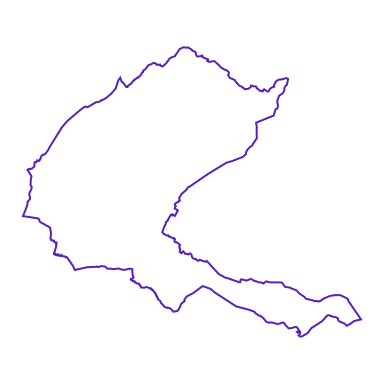 Buntesti, Bihor, Romania
{"feature_id": "2599482B87809505913466", "entity_name": "Buntesti", "entity_type": "district", "adm_level": 2, "iso_a3": "ROU", "parent_name": "Romania", "parent_adm1": "Bihor", "projection": "mercator", "projection_center": [22.534, 46.609], "detail": "fine", "context": "isolated", "style": "outline", "palette": "violet", "viewbox_px": 384, "rotation_deg": 0, "n_neighbors": 0, "source": "geoboundaries", "source_scale": "gbopen_adm2", "svg_char_len": 5883}
<svg xmlns="http://www.w3.org/2000/svg" viewBox="0 0 384 384"><path d="M146.4,287.0L150.3,288.3L150.5,288.8L151.0,288.4L151.6,288.9L151.9,289.7L153.0,290.0L153.2,290.9L154.0,291.4L154.3,292.3L155.2,292.8L155.0,293.2L155.9,294.3L156.4,295.4L156.2,295.7L157.1,296.6L157.1,297.2L157.8,297.8L157.6,298.8L160.4,301.2L161.0,302.9L163.7,305.7L163.8,306.2L164.7,307.0L165.9,307.5L167.3,307.5L167.7,308.0L168.7,307.8L170.6,308.7L173.4,311.7L177.5,311.0L179.0,308.9L180.2,306.5L180.9,304.4L181.8,303.2L184.6,301.1L184.4,299.6L186.8,296.4L193.2,293.1L202.6,286.1L210.4,288.8L215.1,292.7L236.2,306.4L248.1,309.5L253.6,311.4L255.0,312.3L255.6,313.4L257.4,314.4L258.3,315.4L260.2,315.7L263.1,317.9L266.4,321.9L268.8,322.7L270.3,322.4L272.7,322.7L276.9,323.9L278.6,323.9L282.3,322.7L283.8,322.7L284.8,323.9L285.2,324.8L288.7,328.4L292.3,327.9L294.3,327.1L297.0,327.2L299.1,330.5L296.9,332.0L297.6,332.6L300.1,332.0L300.2,333.4L298.6,335.4L300.5,336.7L302.4,336.2L307.7,333.0L311.4,328.1L321.5,321.6L324.2,319.1L324.7,318.2L326.0,317.1L326.5,316.2L327.8,315.3L328.9,315.2L330.3,315.9L330.9,315.7L333.1,316.9L334.3,316.8L337.3,317.9L338.0,318.5L338.0,319.7L338.3,320.3L339.9,321.7L344.4,323.5L346.8,325.8L350.5,323.7L354.2,321.0L361.0,319.4L348.5,301.2L347.8,299.0L346.1,297.9L340.2,295.1L334.9,295.1L329.8,296.0L323.8,298.5L320.0,301.1L317.6,301.5L316.6,300.8L314.7,301.2L312.9,300.4L305.9,298.7L304.5,297.0L299.0,293.2L296.7,290.5L289.4,287.5L285.2,286.9L281.9,282.7L281.3,282.4L270.3,282.4L266.2,281.4L263.3,283.5L262.0,282.7L259.0,282.3L255.1,281.0L254.4,281.1L252.4,279.5L250.0,279.1L246.9,280.6L241.2,279.3L240.4,280.3L240.5,281.1L240.2,282.2L239.2,282.2L231.5,279.6L230.2,278.9L226.0,277.9L224.0,277.1L223.0,276.3L218.8,274.1L206.8,261.0L205.9,261.7L202.7,261.1L201.7,260.4L199.5,259.8L198.7,260.7L198.1,260.7L196.8,260.2L195.9,259.0L194.0,258.8L193.0,258.2L191.9,256.8L191.6,255.0L190.5,253.7L190.0,253.4L188.1,254.5L187.0,253.7L185.2,253.9L183.4,251.4L183.1,251.3L182.2,252.0L181.6,253.1L181.3,253.2L181.1,252.7L179.7,251.8L180.2,249.0L179.6,248.7L179.8,248.0L179.2,246.6L180.1,244.9L176.2,242.0L175.3,242.2L174.7,241.8L174.4,241.0L175.0,239.2L173.7,238.7L173.7,238.0L172.5,238.0L169.8,236.7L168.9,236.6L168.6,236.2L168.7,235.7L168.2,235.4L166.1,235.4L164.8,234.3L163.1,233.5L162.3,232.1L164.3,226.5L165.8,223.8L165.8,222.3L167.9,220.5L168.1,219.4L171.0,214.6L172.2,215.4L172.8,214.4L174.8,216.0L177.5,211.1L177.8,210.3L174.6,208.4L175.2,206.9L175.8,206.1L174.7,204.7L175.7,203.2L177.8,201.9L178.1,202.1L178.5,201.3L179.8,200.6L179.1,198.3L181.5,194.0L186.5,189.7L187.3,188.1L188.5,187.0L189.3,186.8L208.1,173.9L226.6,162.6L232.1,161.1L243.1,156.8L245.8,154.3L246.2,151.9L247.7,149.4L250.2,146.8L252.4,145.3L252.7,144.1L253.6,143.2L256.0,139.3L256.8,138.4L256.6,129.4L256.8,127.4L256.1,122.7L273.7,115.5L275.5,109.5L276.2,108.9L277.1,108.8L277.6,107.7L278.0,105.7L277.7,103.8L277.2,102.7L277.5,101.5L277.3,100.4L278.4,98.0L278.7,96.5L279.3,95.6L282.5,93.4L283.9,91.6L284.4,90.2L284.3,88.6L284.6,87.4L285.6,85.8L286.9,84.7L288.1,79.0L287.1,78.3L285.6,78.2L282.9,79.2L281.6,79.2L280.8,79.6L279.1,79.5L276.5,80.9L275.2,82.5L274.6,84.0L274.0,85.9L274.2,86.7L272.6,87.0L269.9,88.8L268.8,91.1L268.4,91.5L267.2,91.4L264.2,89.3L263.5,89.6L263.4,90.5L262.6,91.4L261.5,90.9L260.5,91.0L257.1,88.5L256.6,88.0L256.6,87.4L255.8,86.4L253.7,86.3L251.1,85.5L250.9,86.9L248.1,88.9L244.8,89.1L241.7,86.7L239.4,85.7L235.9,82.0L234.7,80.0L229.8,77.9L228.2,75.3L228.2,74.8L228.8,73.9L228.9,73.0L228.8,72.2L228.3,71.6L225.5,69.7L224.6,69.8L222.7,68.4L221.2,67.8L218.8,65.1L214.9,61.5L213.5,61.0L209.8,61.9L208.2,61.6L207.2,60.9L208.2,59.9L208.2,59.5L202.5,57.1L202.5,56.0L202.2,55.5L200.6,56.2L197.3,56.5L196.5,55.7L195.8,53.7L195.8,52.8L195.1,51.7L192.2,50.6L191.8,49.7L188.0,47.4L187.1,47.7L183.4,47.3L179.7,49.0L174.7,56.4L173.1,56.7L169.8,58.3L168.8,59.5L168.2,60.8L167.1,61.7L166.6,62.9L162.6,66.5L160.2,65.5L160.2,64.6L156.9,64.8L156.5,64.5L156.4,63.9L153.6,62.8L150.5,64.6L148.8,64.8L144.9,69.7L143.9,70.1L143.0,71.2L143.1,71.9L141.9,72.8L140.9,74.9L138.8,76.9L138.0,77.2L137.9,77.8L137.0,77.8L136.3,78.6L134.3,79.7L134.3,80.3L132.6,81.3L132.4,82.1L131.3,83.4L127.6,86.1L127.5,87.0L126.3,87.0L123.5,83.1L121.6,81.6L120.2,77.7L118.3,80.4L115.7,88.5L111.3,93.6L106.6,97.6L103.3,99.7L101.6,100.0L100.2,101.3L98.6,101.9L96.1,102.2L87.4,107.3L85.3,106.5L80.6,109.7L67.4,120.9L61.9,127.3L49.4,147.5L48.3,149.8L45.1,154.1L43.8,154.7L42.8,154.6L41.4,156.0L40.1,159.6L39.7,159.5L38.9,161.0L37.1,160.4L36.5,162.1L35.7,162.0L35.6,162.4L34.6,162.4L34.3,166.6L31.8,168.7L30.4,168.8L30.3,169.2L28.6,169.0L27.5,169.8L31.5,176.3L30.9,178.6L30.6,183.5L30.7,185.6L31.7,186.9L31.7,187.4L31.1,189.8L29.8,192.0L29.3,193.9L29.4,195.4L30.1,197.6L30.0,199.0L27.5,202.1L27.5,203.6L27.0,206.1L23.0,216.1L38.5,218.5L40.1,222.0L50.0,227.5L51.1,233.5L50.4,238.8L51.4,239.4L51.7,240.0L51.5,240.3L54.0,240.7L53.9,241.4L54.4,242.2L56.2,242.4L56.1,243.5L56.5,243.4L56.1,246.7L54.0,253.5L54.0,253.8L54.2,253.7L54.2,254.1L55.6,254.6L55.8,254.1L56.3,254.6L56.1,255.2L56.5,255.3L56.7,255.0L57.0,255.3L57.5,255.1L57.4,254.7L57.8,254.7L57.9,254.3L58.3,254.3L58.8,255.7L59.8,255.8L60.1,255.5L60.4,255.8L61.1,255.3L61.3,255.4L61.1,255.8L61.9,256.0L62.0,255.6L62.2,255.9L62.8,256.3L63.9,256.2L64.2,256.5L65.2,256.6L65.8,257.4L66.9,257.2L72.9,265.8L74.9,270.0L87.1,267.2L96.1,266.8L96.5,266.5L97.9,267.0L99.4,266.9L100.8,266.1L104.6,266.4L105.8,267.1L106.8,268.4L109.1,268.8L111.1,268.6L112.9,269.2L118.3,268.5L122.4,269.7L124.4,269.9L129.9,268.6L132.3,269.1L132.4,273.1L132.8,275.3L133.6,277.4L132.4,278.4L132.3,278.9L131.1,278.7L130.7,279.5L131.0,279.9L131.6,279.8L131.7,280.3L133.0,280.8L133.0,281.1L133.9,280.9L134.7,281.5L134.5,281.8L134.9,282.6L136.2,282.8L136.8,283.4L137.9,283.5L138.6,284.0L139.0,283.8L139.7,285.2L140.0,285.2L140.0,285.7L141.0,286.7L141.1,287.5L144.5,287.7L146.4,287.0Z" fill="none" stroke="#5b21b6" stroke-width="2"/></svg>